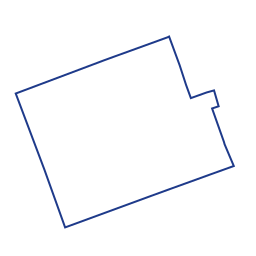 the district of El Paso, Colorado, United States of America, rotated 160°
{"feature_id": "52423323B48011396313481", "entity_name": "El Paso", "entity_type": "district", "adm_level": 2, "iso_a3": "USA", "parent_name": "United States of America", "parent_adm1": "Colorado", "projection": "albers", "projection_center": [-104.738, 38.825], "detail": "fine", "context": "isolated", "style": "outline", "palette": "blue", "viewbox_px": 256, "rotation_deg": 160, "n_neighbors": 0, "source": "geoboundaries", "source_scale": "gbopen_adm2", "svg_char_len": 398}
<svg xmlns="http://www.w3.org/2000/svg" viewBox="0 0 256 256"><g transform="rotate(160 128 128)"><path d="M221.7,198.8L220.8,117.2L221.1,56.1L129.7,56.3L109.4,56.3L67.0,56.2L41.6,56.1L42.8,79.7L42.6,82.1L42.3,117.6L35.4,117.4L34.3,133.9L41.9,134.5L58.7,134.6L58.7,148.7L58.0,169.2L58.1,199.9L59.7,199.7L115.4,199.8L127.1,199.8L221.7,198.8Z" fill="none" stroke="#1e3a8a" stroke-width="2"/></g></svg>